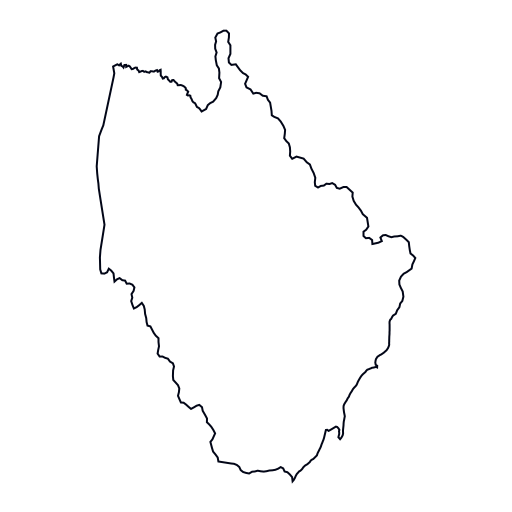 Rio Preto da Eva, Amazonas, Brazil
{"feature_id": "56859067B18065173941259", "entity_name": "Rio Preto da Eva", "entity_type": "district", "adm_level": 2, "iso_a3": "BRA", "parent_name": "Brazil", "parent_adm1": "Amazonas", "projection": "equal_earth", "projection_center": [-59.598, -2.513], "detail": "fine", "context": "isolated", "style": "outline", "palette": "ink", "viewbox_px": 512, "rotation_deg": 0, "n_neighbors": 0, "source": "geoboundaries", "source_scale": "gbopen_adm2", "svg_char_len": 5689}
<svg xmlns="http://www.w3.org/2000/svg" viewBox="0 0 512 512"><path d="M415.3,258.0L413.2,255.6L410.5,253.5L409.8,250.1L409.2,246.0L408.8,242.2L406.6,240.0L403.3,237.0L401.7,236.1L400.7,235.7L397.5,236.3L394.2,236.5L391.4,237.2L388.3,236.2L385.7,235.0L383.0,235.3L380.4,237.5L381.8,241.1L378.4,242.7L372.4,244.0L372.1,240.0L369.2,237.9L365.9,238.2L363.5,236.0L363.5,231.7L366.2,229.7L368.4,226.5L367.0,217.8L362.8,214.2L361.0,210.8L358.4,207.3L356.0,204.7L353.7,200.9L352.4,196.6L352.7,192.6L346.6,187.0L343.5,187.0L339.7,188.7L336.8,187.9L335.1,184.8L332.2,183.1L329.5,184.0L326.4,183.7L323.8,185.6L320.9,185.9L318.0,187.5L315.2,185.8L314.8,182.2L315.3,177.8L313.7,173.1L311.4,168.6L309.9,164.5L306.8,162.3L303.6,158.6L296.5,156.6L292.2,158.8L289.9,155.7L290.2,151.5L289.9,147.3L288.8,143.5L286.3,141.1L284.2,138.2L284.8,133.8L285.1,129.9L283.4,125.9L280.7,121.5L278.0,118.4L274.3,116.9L271.8,115.3L271.5,110.9L270.1,102.6L267.9,99.8L266.6,96.3L262.7,95.7L259.6,93.3L256.2,92.8L253.3,93.6L250.5,89.4L246.5,87.4L245.1,83.8L248.1,76.8L245.6,74.4L243.0,73.1L240.1,70.2L235.8,64.3L231.4,64.9L228.9,62.5L228.5,58.2L230.4,53.9L230.4,45.3L228.2,41.9L228.9,37.5L229.0,33.4L226.4,30.7L223.5,30.7L220.2,32.5L217.5,33.5L215.3,37.6L216.1,41.4L215.1,44.8L215.2,48.7L216.6,52.5L215.4,56.4L215.8,60.1L216.8,65.3L218.9,68.5L219.4,72.6L219.1,78.2L220.1,80.1L221.1,82.0L220.3,87.4L218.3,91.3L217.7,94.8L216.2,98.1L213.1,101.7L210.2,103.1L207.8,105.1L206.1,109.0L201.6,111.5L200.7,110.2L199.9,109.1L198.9,108.0L197.0,107.0L196.2,105.5L195.7,104.3L194.8,103.0L193.5,102.4L192.5,101.3L191.4,98.7L190.6,97.5L190.3,95.7L189.2,95.3L187.9,95.5L186.9,94.9L187.4,93.5L188.2,91.7L187.1,90.5L185.8,89.7L185.8,88.2L184.4,86.7L182.9,85.8L181.4,85.2L180.2,85.0L179.2,85.2L177.7,85.2L177.2,83.6L175.9,82.5L174.6,81.3L173.5,80.0L172.2,80.1L171.5,81.7L170.3,81.8L169.4,80.8L167.9,79.3L167.4,77.3L165.9,76.6L164.6,77.2L163.9,78.3L162.8,78.6L162.0,76.9L160.8,75.6L160.7,73.9L160.7,71.4L160.6,69.8L159.5,70.3L158.7,71.4L157.6,71.7L157.0,70.1L155.5,70.6L153.9,71.6L152.1,71.3L150.6,71.2L149.4,72.7L147.9,72.3L146.7,72.1L145.7,71.4L144.2,71.8L142.9,70.9L141.9,71.0L140.5,71.6L139.2,72.1L138.6,70.6L137.2,69.5L136.9,67.7L135.3,67.6L134.1,68.2L133.0,68.9L131.7,69.2L130.8,67.9L129.8,66.4L128.7,65.7L126.2,66.9L126.2,64.9L124.4,65.0L123.5,67.5L122.7,66.5L121.3,65.8L120.8,63.7L119.9,64.5L119.1,65.4L117.3,64.3L113.1,66.5L114.3,73.3L113.5,77.6L103.3,125.4L101.8,129.0L101.3,130.3L99.1,136.2L96.7,166.3L97.2,173.4L97.8,179.1L98.4,183.5L98.8,188.6L100.2,197.6L102.6,212.8L104.5,224.7L102.7,236.1L100.5,249.8L100.2,253.6L99.9,257.5L100.0,260.7L100.1,265.1L100.2,269.4L101.4,273.4L104.4,273.6L107.1,272.3L108.8,268.7L111.2,270.6L113.5,273.4L113.9,277.0L114.5,281.6L115.5,280.7L117.0,279.3L119.6,278.1L122.3,280.2L125.1,280.6L126.7,283.7L129.6,283.5L132.4,284.7L134.4,287.4L133.6,290.9L131.5,294.1L132.3,297.7L131.2,301.1L132.5,305.1L133.9,308.5L136.7,307.1L139.3,305.1L141.8,302.9L143.8,305.9L144.7,309.4L145.1,313.9L146.2,318.0L146.6,322.1L147.5,325.6L150.4,326.4L152.0,329.5L153.7,332.8L155.7,335.6L158.5,338.2L158.5,342.0L159.0,346.3L158.2,350.0L157.6,353.6L159.6,356.5L162.5,356.5L165.0,357.8L167.9,358.7L170.0,361.6L172.9,363.3L174.0,366.5L173.1,370.4L172.9,376.1L173.3,380.0L175.7,382.6L178.0,385.2L179.3,388.5L178.9,392.2L178.0,395.8L179.4,399.1L180.9,402.5L183.6,402.7L186.1,404.6L188.5,406.8L191.0,408.9L194.0,407.3L196.6,405.7L199.3,404.9L202.0,407.2L202.7,410.8L205.3,415.3L207.0,418.5L206.9,422.2L209.2,424.4L211.3,426.8L213.3,429.9L215.1,433.4L212.4,439.4L210.4,441.9L212.0,448.0L213.1,451.6L215.5,454.5L217.7,457.5L218.4,461.5L231.2,463.5L234.0,463.8L236.9,465.0L239.3,467.0L240.7,470.1L243.1,472.0L246.0,472.9L249.1,473.5L252.1,471.7L254.8,471.5L257.7,470.7L260.8,471.3L263.8,471.6L266.6,471.2L269.4,470.5L272.4,470.3L275.3,469.8L278.1,468.7L280.7,467.1L283.2,468.4L284.6,471.5L287.4,472.2L289.8,474.4L292.1,477.1L292.6,481.3L293.8,479.9L294.9,477.9L295.8,475.8L296.8,474.0L298.1,472.6L299.2,471.3L300.3,470.8L301.3,469.9L302.4,468.7L303.2,467.4L304.1,466.5L305.0,465.6L306.0,465.0L307.4,464.2L308.6,463.1L309.7,462.2L310.8,460.5L312.2,459.5L313.3,459.0L314.4,457.9L315.6,456.7L316.9,455.4L317.5,453.5L318.1,452.2L318.9,450.7L319.6,449.2L320.2,448.1L320.9,446.5L321.6,444.3L322.3,442.7L322.8,441.3L323.4,439.9L324.0,438.0L325.9,430.0L327.2,429.8L328.6,430.9L331.6,429.2L335.9,426.6L337.2,427.0L338.5,428.4L339.4,429.9L339.0,431.2L339.2,432.6L339.2,434.1L338.8,435.6L338.4,437.2L340.1,439.2L341.2,437.9L342.1,436.4L342.7,435.2L343.1,433.4L343.0,431.7L343.0,430.2L343.2,428.3L343.5,425.5L343.6,423.2L343.8,421.4L344.1,420.0L344.4,418.3L344.8,416.3L344.5,414.6L344.1,412.7L343.9,411.4L343.5,408.0L343.6,405.9L344.2,404.3L344.9,403.1L345.9,401.5L346.7,400.4L347.7,398.3L348.9,396.7L349.5,395.0L350.5,393.1L351.8,391.2L352.9,389.2L354.2,387.6L355.4,386.4L356.4,385.2L357.1,383.8L357.7,382.2L358.4,380.8L359.3,379.2L360.3,377.5L361.6,375.6L363.0,374.1L364.4,372.9L365.5,371.9L366.2,370.8L367.3,369.7L368.8,369.2L369.9,368.7L371.0,368.3L371.9,367.8L373.4,367.6L375.0,367.2L376.1,366.9L377.1,367.4L377.2,365.8L375.7,364.8L375.3,362.5L375.6,360.5L376.0,359.0L377.5,356.7L378.9,355.8L379.8,355.1L380.8,354.7L382.2,353.8L383.9,352.6L385.1,351.5L386.5,350.3L388.0,348.1L388.8,346.2L389.2,344.8L389.1,343.1L389.2,341.7L389.2,340.3L389.3,336.6L389.5,334.0L389.5,332.0L389.6,330.6L389.6,327.0L389.6,324.6L389.5,322.9L389.6,321.4L390.3,319.6L391.2,318.9L392.0,317.2L393.0,315.6L395.8,313.8L397.2,310.2L399.4,307.2L400.2,303.5L402.3,301.0L403.4,296.7L402.7,291.5L400.8,287.8L399.4,284.5L399.2,280.6L401.0,276.6L403.7,273.7L406.7,272.1L411.6,268.6L412.4,264.4L413.9,261.3L415.3,258.0Z" fill="none" stroke="#020617" stroke-width="2"/></svg>